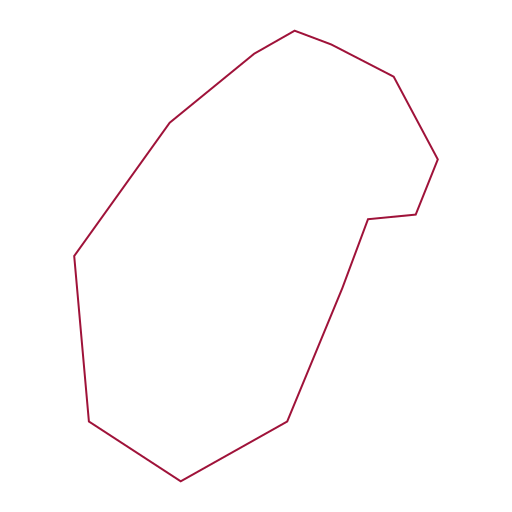 SVG path tracing the border of Stepanakert
{"feature_id": "AZE-4838", "entity_name": "Stepanakert", "entity_type": "District", "adm_level": 1, "iso_a3": "AZE", "parent_name": "Azerbaijan", "parent_adm1": "", "projection": "natural_earth1", "projection_center": [46.777, 39.832], "detail": "fine", "context": "isolated", "style": "outline", "palette": "rose", "viewbox_px": 512, "rotation_deg": 0, "n_neighbors": 0, "source": "natural_earth", "source_scale": "10m", "svg_char_len": 288}
<svg xmlns="http://www.w3.org/2000/svg" viewBox="0 0 512 512"><path d="M294.6,30.7L331.3,44.5L393.7,76.7L437.8,159.4L415.7,214.6L368.0,219.2L342.3,288.2L287.2,421.5L180.7,481.3L88.9,421.5L74.2,256.0L169.7,122.7L254.2,53.7L294.6,30.7Z" fill="none" stroke="#9f1239" stroke-width="2"/></svg>